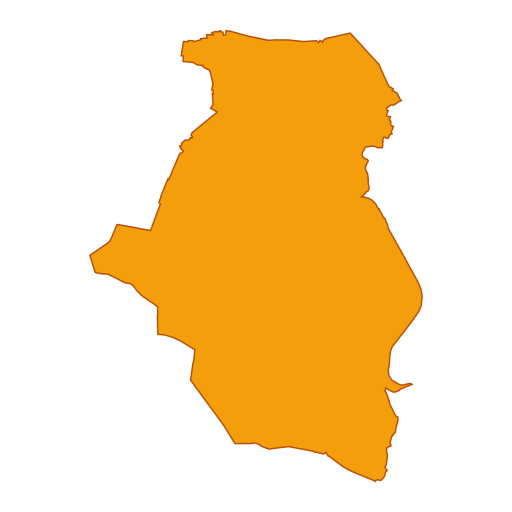 Ixtlán, Michoacán, Mexico
{"feature_id": "50627088B63014892891044", "entity_name": "Ixtlán", "entity_type": "district", "adm_level": 2, "iso_a3": "MEX", "parent_name": "Mexico", "parent_adm1": "Michoacán", "projection": "albers", "projection_center": [-102.403, 20.149], "detail": "fine", "context": "isolated", "style": "filled", "palette": "amber", "viewbox_px": 512, "rotation_deg": 0, "n_neighbors": 0, "source": "geoboundaries", "source_scale": "gbopen_adm2", "svg_char_len": 5700}
<svg xmlns="http://www.w3.org/2000/svg" viewBox="0 0 512 512"><path d="M412.1,384.4L411.4,383.9L410.6,383.6L409.8,383.5L409.0,383.6L406.4,384.2L403.6,384.9L402.8,385.0L401.8,385.1L400.4,384.8L399.5,384.5L398.8,384.2L395.9,382.5L391.9,380.2L389.2,376.3L388.5,373.3L388.3,370.0L389.3,364.1L389.6,361.4L389.6,359.1L389.7,356.5L390.1,354.0L390.5,351.4L391.2,349.2L392.1,347.0L392.9,345.8L395.0,343.2L400.2,336.5L405.3,330.0L411.6,321.7L418.3,312.2L420.5,307.7L421.4,305.0L421.5,302.9L421.3,301.9L421.8,300.1L422.1,297.1L422.0,295.0L421.3,291.0L420.5,288.1L419.4,285.2L417.5,281.2L414.4,275.6L409.4,266.4L409.0,265.7L397.2,244.3L389.5,230.6L388.1,228.2L387.5,224.7L385.5,220.4L385.5,220.1L385.0,218.4L384.7,218.1L383.5,217.6L383.4,217.0L379.0,208.9L378.6,209.3L376.0,204.5L375.1,203.4L373.7,201.8L372.0,200.2L370.5,199.4L368.5,198.2L366.3,197.6L364.0,197.1L363.4,197.0L361.5,196.7L364.1,194.6L365.1,193.5L366.4,191.8L368.0,191.0L368.6,189.9L369.0,188.4L368.9,186.7L368.2,182.6L368.3,180.1L368.2,178.4L367.9,176.7L367.7,174.4L367.2,172.5L366.3,171.6L365.5,169.2L365.4,166.6L366.2,165.7L366.6,163.6L367.9,161.8L368.2,160.6L367.2,159.3L365.4,158.9L364.3,158.1L363.2,157.2L362.5,156.2L362.1,154.3L362.4,152.2L363.8,150.3L364.9,147.8L366.7,146.7L369.4,146.5L372.1,146.0L375.3,146.6L377.7,147.7L380.1,147.7L381.0,147.7L382.2,147.8L382.6,146.5L382.7,145.0L382.6,144.1L382.6,143.3L383.1,141.5L382.5,140.5L383.1,139.0L383.7,137.3L384.5,137.4L388.0,138.4L390.1,134.2L392.1,133.9L391.2,132.1L392.7,128.3L393.3,126.9L393.5,126.4L391.0,125.5L390.6,123.7L390.8,121.3L389.4,119.8L390.3,116.8L386.2,115.9L388.1,110.5L387.4,110.3L386.7,110.1L386.6,109.5L386.5,108.8L386.9,108.0L391.1,104.9L393.8,105.1L397.1,102.9L397.8,102.0L399.3,101.5L401.1,100.6L400.8,100.5L396.8,92.8L394.5,91.9L393.9,91.1L393.4,91.1L392.2,90.3L393.2,88.8L392.9,88.6L388.9,86.4L387.2,83.0L380.0,66.9L378.8,64.2L369.5,54.2L350.2,33.1L345.3,34.2L328.8,37.9L326.8,38.2L324.7,39.2L322.9,40.8L322.7,42.3L320.0,40.4L318.6,42.6L316.6,40.7L303.6,41.6L301.8,41.4L295.4,40.7L288.9,40.0L287.2,40.0L275.3,39.9L268.9,40.3L265.6,39.8L262.2,39.0L248.4,36.2L230.9,31.4L226.0,30.7L225.9,34.3L225.2,35.0L223.5,35.4L222.9,32.3L221.5,31.9L220.7,30.8L219.5,30.8L219.4,31.7L217.8,31.7L215.4,31.6L214.0,31.8L212.2,32.8L211.7,33.0L213.3,34.8L206.6,34.6L206.5,34.8L207.1,37.9L206.8,38.0L200.7,38.7L200.7,39.7L198.3,40.5L193.7,41.6L193.2,40.8L188.4,40.5L187.7,41.7L187.3,41.7L183.5,41.6L183.4,41.7L182.6,47.3L182.0,50.8L181.7,53.3L181.2,55.8L183.3,55.9L183.3,57.8L183.1,60.1L183.1,61.5L184.8,61.6L187.5,61.9L188.7,62.0L188.8,62.0L190.1,62.2L191.1,62.3L193.6,62.6L195.4,63.9L196.5,64.6L197.0,64.7L198.8,65.2L200.8,65.2L201.4,65.3L202.7,65.3L202.7,66.4L203.5,67.2L204.2,67.7L205.9,68.5L207.8,69.4L209.5,70.2L210.6,73.4L211.4,76.6L212.5,81.8L213.0,85.3L212.1,87.5L211.8,90.1L212.8,90.0L213.2,92.8L213.4,93.9L212.3,93.7L212.7,98.2L212.6,98.5L213.2,104.5L211.7,106.5L210.6,108.3L217.2,112.0L215.3,113.7L212.6,115.9L209.1,118.7L208.9,118.9L204.6,122.4L203.5,123.3L201.9,124.6L197.7,128.1L197.2,128.5L196.9,128.8L193.5,131.7L192.2,132.5L191.1,135.2L192.7,137.1L191.6,137.6L191.6,137.9L190.5,137.5L189.6,138.9L189.6,139.3L186.9,140.6L185.6,139.8L184.3,141.1L183.7,141.2L183.6,141.6L181.9,142.8L181.6,145.1L181.3,145.5L180.1,146.0L179.6,146.1L179.7,146.5L181.5,148.3L180.9,148.7L183.1,150.9L183.4,151.3L182.8,152.0L179.8,153.6L178.5,156.4L178.5,156.5L173.9,167.2L173.7,167.7L173.5,168.1L173.4,168.3L171.6,172.8L168.8,179.3L168.3,178.3L168.3,178.2L167.0,181.1L162.4,192.4L161.0,195.9L160.9,196.4L160.9,197.0L159.5,200.8L158.9,202.3L160.4,203.9L159.2,207.2L156.0,215.7L153.5,222.6L152.3,225.7L150.5,230.5L137.9,228.2L117.6,224.5L117.0,224.7L115.5,228.1L113.1,233.8L112.1,236.7L111.7,237.1L109.9,241.1L107.6,243.1L93.3,253.0L89.9,255.3L92.8,264.7L95.2,272.4L98.2,273.3L99.7,273.3L102.4,273.9L103.8,274.0L104.6,273.9L108.5,274.3L109.3,274.6L109.8,275.2L110.3,275.6L111.7,276.0L112.9,276.6L117.5,278.9L120.3,280.4L123.2,281.9L124.7,282.7L127.1,283.3L130.1,283.4L133.1,285.7L135.2,288.3L136.7,290.5L137.6,291.4L141.3,295.3L153.5,303.7L155.6,305.2L157.4,306.3L157.9,313.6L157.4,315.1L157.8,332.7L157.9,334.4L162.1,334.7L165.2,335.1L168.7,336.1L172.8,337.4L176.6,339.1L180.6,341.0L186.1,344.4L191.1,347.4L194.9,349.8L193.9,359.5L192.8,364.1L190.6,380.2L206.6,402.0L223.8,425.5L235.0,443.6L252.3,443.5L254.3,442.7L258.3,444.1L261.9,446.4L268.8,449.1L277.5,447.9L285.5,447.0L287.0,446.7L289.0,446.6L289.7,446.8L296.1,448.0L302.5,449.2L313.3,451.2L314.2,452.0L317.2,452.5L323.2,453.9L323.3,453.9L323.7,453.9L326.1,452.5L326.8,454.1L328.2,456.1L328.6,455.8L333.3,459.4L337.7,462.7L343.5,466.9L347.4,469.2L353.0,471.9L367.3,477.9L371.7,479.6L375.5,481.3L375.7,480.8L376.0,480.2L376.9,479.8L377.6,480.1L378.7,479.7L380.0,480.4L381.0,480.4L383.2,478.1L383.9,477.1L384.7,475.7L385.7,471.6L385.8,471.6L387.0,470.7L387.2,470.2L386.3,469.4L385.0,467.1L386.4,464.5L386.5,463.2L387.0,458.6L387.4,456.4L387.4,455.1L387.1,453.5L386.5,451.1L386.5,450.6L386.5,449.6L386.7,448.6L387.0,448.1L387.4,447.6L387.7,447.3L388.2,447.0L388.7,446.6L389.2,446.5L389.7,446.4L390.1,446.4L390.7,446.2L390.9,445.7L390.9,444.9L390.4,443.8L390.1,442.7L390.2,442.0L390.4,441.2L390.9,439.5L391.0,439.3L391.8,436.4L392.1,435.6L392.4,435.4L392.9,435.6L393.4,434.3L395.4,432.2L395.5,431.8L395.7,430.8L395.6,429.1L396.5,426.1L398.0,420.2L397.8,417.1L395.8,416.2L394.2,413.0L394.0,412.5L392.5,409.5L389.5,403.5L389.2,401.0L387.8,396.8L386.8,394.1L386.1,393.5L386.0,392.6L386.0,392.3L384.8,390.9L385.3,390.2L385.8,387.8L387.6,389.2L388.7,389.7L389.3,390.0L391.4,391.2L393.1,392.0L394.5,392.1L396.3,391.7L399.5,390.2L399.6,389.6L402.1,388.4L406.5,386.6L410.2,385.2L412.1,384.4Z" fill="#f59e0b" stroke="#b45309" stroke-width="1.5"/></svg>